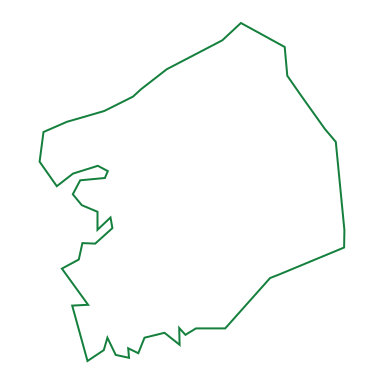 outline of Montgomery, Virginia, United States of America
{"feature_id": "52423323B95683918049548", "entity_name": "Montgomery", "entity_type": "district", "adm_level": 2, "iso_a3": "USA", "parent_name": "United States of America", "parent_adm1": "Virginia", "projection": "albers", "projection_center": [-80.462, 37.177], "detail": "fine", "context": "isolated", "style": "outline", "palette": "green", "viewbox_px": 384, "rotation_deg": 0, "n_neighbors": 0, "source": "geoboundaries", "source_scale": "gbopen_adm2", "svg_char_len": 712}
<svg xmlns="http://www.w3.org/2000/svg" viewBox="0 0 384 384"><path d="M61.9,268.6L88.1,304.8L72.2,305.6L87.5,361.0L103.8,350.1L107.4,337.7L115.7,354.9L129.0,357.8L128.2,348.3L138.3,353.2L144.5,337.7L164.5,332.8L179.6,344.8L179.2,328.0L185.4,334.8L196.0,328.4L225.2,328.4L270.1,278.0L278.1,274.9L344.1,247.5L344.4,230.1L335.8,141.9L324.9,129.0L301.1,95.6L287.3,75.8L284.7,47.0L240.9,23.0L222.3,40.3L166.8,69.2L141.2,89.1L133.0,96.6L104.2,111.0L66.9,121.8L43.5,132.0L39.6,161.7L56.8,186.2L73.0,173.6L97.8,165.8L107.8,171.1L104.9,178.0L80.2,180.3L72.8,194.3L81.8,205.2L97.5,211.8L97.5,229.8L110.5,217.5L112.4,228.1L95.2,243.6L82.4,243.1L78.8,259.5L61.9,268.6Z" fill="none" stroke="#15803d" stroke-width="2"/></svg>